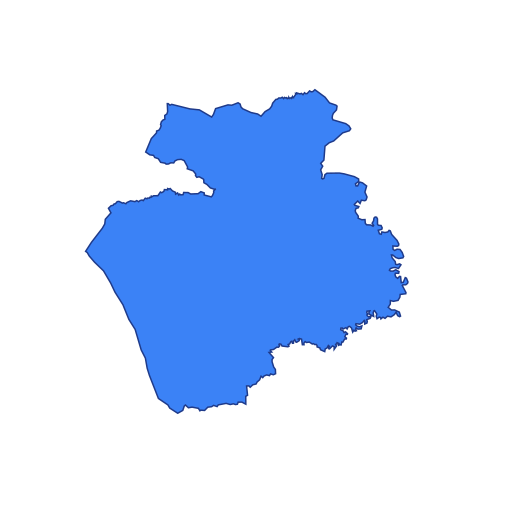 Khok Pho Chai, Khon Kaen, Thailand, rotated 295°
{"feature_id": "78962969B36064569577825", "entity_name": "Khok Pho Chai", "entity_type": "district", "adm_level": 2, "iso_a3": "THA", "parent_name": "Thailand", "parent_adm1": "Khon Kaen", "projection": "mercator", "projection_center": [102.392, 16.069], "detail": "fine", "context": "isolated", "style": "filled", "palette": "blue", "viewbox_px": 512, "rotation_deg": 295, "n_neighbors": 0, "source": "geoboundaries", "source_scale": "gbopen_adm2", "svg_char_len": 6156}
<svg xmlns="http://www.w3.org/2000/svg" viewBox="0 0 512 512"><g transform="rotate(295 256 256)"><path d="M431.6,239.1L429.0,238.0L428.1,236.6L428.3,234.8L424.8,233.7L424.1,232.3L424.5,231.0L422.1,230.4L422.6,228.4L421.5,227.4L421.0,223.9L420.2,224.4L420.0,223.2L419.4,223.7L416.4,223.2L415.6,222.4L415.2,222.9L414.7,222.1L415.6,221.6L413.8,221.3L414.1,220.8L413.1,219.6L413.6,218.8L412.7,219.2L412.7,218.2L411.8,217.8L412.4,216.7L411.8,216.3L411.8,214.8L410.3,214.5L411.0,212.7L409.6,211.7L408.9,209.9L407.1,209.1L406.3,207.8L401.6,206.5L398.4,206.9L395.1,206.2L390.7,203.2L384.8,201.5L385.4,197.5L383.9,190.8L383.8,181.7L384.8,179.3L387.0,177.4L387.3,175.0L382.4,170.3L381.1,166.7L372.5,157.1L366.3,157.6L363.2,157.1L364.5,142.9L361.4,134.0L357.8,115.5L356.3,114.3L357.0,112.0L356.6,111.2L349.5,114.9L347.1,115.2L344.8,113.9L341.4,115.6L339.9,114.2L337.6,113.5L334.7,114.0L334.0,115.0L331.2,115.2L328.9,114.8L327.3,113.1L325.5,113.8L318.2,111.5L303.6,112.1L302.8,117.0L303.9,120.6L302.5,122.6L302.9,126.3L300.6,130.0L301.7,134.4L301.3,135.7L302.4,137.8L304.4,139.3L305.6,142.1L308.0,142.4L310.2,144.2L312.0,147.4L312.1,150.6L307.8,156.4L306.0,156.8L306.6,163.1L304.8,166.7L303.3,167.2L302.3,169.1L303.8,171.0L303.5,175.5L303.2,176.3L300.4,177.8L300.1,181.3L298.4,185.9L298.9,190.1L299.8,191.1L297.0,190.1L295.6,190.9L292.4,191.0L290.7,190.5L289.4,183.3L291.3,182.4L291.0,178.8L288.0,177.2L284.6,170.6L284.8,167.7L283.0,163.6L280.8,164.0L279.6,162.0L279.9,160.7L278.6,160.3L280.0,158.3L278.1,157.0L279.7,156.0L279.7,152.7L280.9,149.7L280.0,149.0L279.8,147.4L278.6,147.9L277.5,144.9L276.0,145.2L274.5,144.5L273.5,143.7L273.6,142.3L269.2,141.6L267.3,137.7L265.8,136.7L266.0,135.8L264.8,136.0L264.4,135.0L263.5,135.0L262.7,133.3L261.8,133.0L261.6,131.2L258.5,130.4L258.6,129.1L257.4,127.6L255.6,126.7L255.8,124.5L254.1,123.3L253.0,119.0L249.9,116.4L248.4,116.0L248.2,113.3L247.5,112.6L247.6,108.7L246.6,107.2L244.0,106.5L243.1,105.3L241.5,105.0L240.3,103.4L236.9,102.1L233.8,106.3L225.6,103.9L221.1,105.4L216.2,105.0L198.9,101.1L188.2,99.6L187.8,101.6L185.5,104.9L182.2,112.2L178.1,124.1L170.1,135.7L163.7,143.4L155.6,156.0L144.8,167.6L138.4,177.5L122.4,191.6L116.7,198.9L108.3,204.8L102.8,209.8L85.6,227.8L83.8,239.1L81.7,242.1L80.4,251.5L85.1,254.9L89.7,254.4L91.1,255.0L89.9,258.9L92.0,261.9L93.6,268.2L92.0,270.6L92.9,271.0L94.3,274.7L98.6,276.2L100.7,279.5L102.7,280.7L103.1,284.4L105.1,284.7L109.8,291.2L110.5,295.4L112.5,298.0L112.7,300.2L113.8,301.8L116.0,301.6L117.6,305.0L117.4,309.4L124.5,306.0L126.2,307.2L134.2,302.4L135.3,304.4L134.6,306.2L137.9,307.5L140.1,310.2L142.1,310.2L145.3,311.6L149.2,311.4L148.6,313.5L150.6,314.0L152.7,315.9L153.3,318.8L155.3,319.0L155.7,321.9L157.6,323.5L161.4,321.5L162.8,319.0L166.9,315.3L169.0,314.3L171.3,314.8L174.1,308.5L175.6,310.8L176.3,308.9L177.0,308.8L178.7,311.4L182.2,313.4L182.9,315.0L184.6,315.4L185.2,314.3L186.2,314.3L186.6,315.9L185.4,317.6L187.2,323.3L188.2,324.0L189.4,322.5L190.4,323.6L193.2,323.8L193.9,324.5L192.3,325.9L192.8,326.8L194.9,326.0L196.5,326.5L194.9,328.4L195.0,329.3L197.5,330.9L198.7,330.8L198.6,329.4L199.6,330.2L199.9,332.4L195.2,335.5L195.9,337.0L197.2,336.2L199.2,336.7L198.9,338.2L200.5,340.7L200.0,344.2L200.8,345.0L200.6,346.9L201.3,347.8L200.8,349.1L199.4,349.8L199.7,352.7L198.3,354.1L198.4,358.7L201.1,358.0L202.5,359.2L205.5,359.4L205.1,360.7L203.5,360.5L202.7,361.3L202.9,361.9L206.8,363.3L206.9,365.1L204.4,366.3L208.4,367.0L209.6,365.5L210.6,366.3L211.7,366.1L211.8,368.1L210.4,367.9L209.9,368.6L211.0,369.4L211.3,370.7L214.3,370.1L214.6,371.1L218.1,371.4L219.0,372.9L219.8,372.7L220.4,370.6L223.1,370.6L223.6,371.9L224.3,371.8L225.1,369.2L223.8,368.2L224.9,366.9L225.0,363.9L226.5,363.4L227.2,364.7L226.6,365.8L229.1,367.8L228.4,369.4L231.0,369.5L231.8,370.6L231.1,373.0L227.9,375.8L230.2,376.1L229.7,377.5L230.7,378.6L231.9,377.2L233.2,377.1L232.8,379.3L234.4,382.1L237.4,381.5L235.6,379.7L235.2,377.2L235.7,375.4L236.9,375.2L238.1,378.9L240.8,380.7L243.4,381.3L243.1,382.1L240.3,383.3L242.1,384.9L243.8,384.5L245.1,383.2L247.7,385.8L249.6,385.8L250.0,385.5L248.4,383.9L248.9,381.9L249.6,381.4L250.6,381.9L251.4,380.4L252.9,379.9L254.4,382.3L252.5,382.2L251.1,383.3L251.0,388.2L254.0,386.2L256.1,386.0L256.6,386.5L254.5,390.0L252.2,390.4L250.3,392.2L252.7,393.5L252.9,394.9L251.8,395.8L254.2,396.9L254.0,399.3L257.0,400.6L257.9,404.1L261.4,406.2L264.2,406.7L261.8,409.6L261.7,411.8L262.6,412.4L265.7,409.6L265.7,404.5L264.3,401.6L265.3,397.5L269.2,398.0L272.4,396.6L273.0,399.7L275.8,403.5L279.5,403.8L282.1,402.9L285.1,407.7L286.2,407.4L291.1,401.0L291.9,401.2L293.2,403.9L295.2,404.9L296.7,404.7L299.5,401.7L299.5,400.4L294.4,400.6L293.2,398.9L298.5,395.7L298.2,394.7L295.6,393.8L296.2,391.4L297.8,389.9L299.3,389.6L300.6,392.6L302.3,392.2L302.6,388.5L300.3,386.7L299.2,384.3L299.5,382.9L301.4,383.1L303.3,385.1L304.4,386.9L304.9,390.4L309.3,391.1L309.6,389.5L307.7,387.4L307.5,386.1L309.8,384.5L311.9,380.1L314.2,378.3L314.7,379.5L313.7,383.4L314.0,386.4L316.4,389.9L318.0,390.0L321.0,387.0L322.8,383.8L321.8,381.0L319.6,379.3L320.0,377.4L322.9,375.8L324.6,380.0L325.7,380.8L327.2,380.4L329.7,377.3L332.9,369.8L335.5,367.1L335.5,365.8L333.5,365.3L331.8,363.0L331.0,359.9L328.6,360.3L328.3,358.5L331.0,355.9L333.3,358.7L334.8,358.5L336.5,356.5L335.6,354.0L336.0,352.8L341.0,350.4L342.1,348.9L341.7,347.5L340.2,346.9L337.5,347.7L334.8,347.4L333.4,349.7L332.4,349.5L332.6,346.9L331.0,343.0L331.9,341.2L335.1,339.4L333.6,336.6L333.4,332.6L335.3,331.9L337.7,327.8L339.0,326.8L341.4,326.5L342.8,328.3L344.3,328.3L343.7,324.2L344.3,323.3L348.8,325.0L347.6,328.1L351.1,327.9L352.1,331.3L353.4,332.1L356.4,331.7L359.9,327.7L366.2,326.7L367.3,321.7L367.0,319.3L366.2,318.5L362.5,318.5L361.8,317.0L363.5,315.6L367.1,317.6L369.2,316.4L369.5,311.6L367.7,301.2L366.4,296.5L361.0,285.3L358.9,284.1L355.2,284.8L354.0,283.9L354.1,282.7L357.7,281.6L361.4,278.2L365.6,278.5L367.3,275.5L371.6,277.0L384.7,272.1L389.6,274.5L393.1,277.8L404.2,282.5L409.0,287.7L411.3,288.1L413.2,285.3L413.9,281.4L411.9,268.2L413.3,266.7L415.8,265.9L418.0,265.8L422.4,267.2L426.1,266.1L426.5,264.7L425.8,257.9L429.1,251.5L431.6,239.1Z" fill="#3b82f6" stroke="#1e3a8a" stroke-width="1.5"/></g></svg>